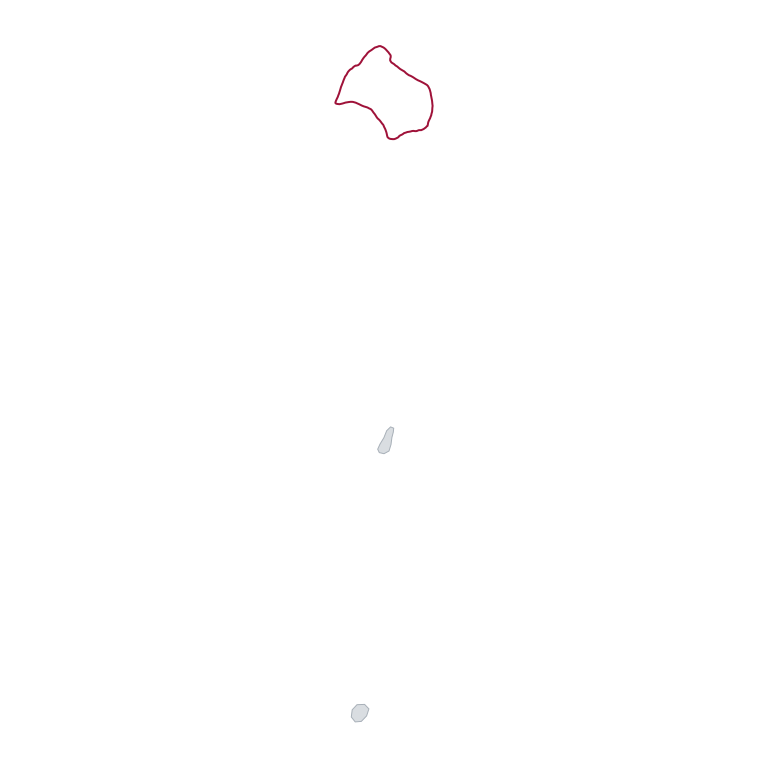 Faadhippolhu, Maldives (highlighted)
{"feature_id": "70690204B52357859866053", "entity_name": "Faadhippolhu", "entity_type": "district", "adm_level": 2, "iso_a3": "MDV", "parent_name": "Maldives", "parent_adm1": "", "projection": "orthographic", "projection_center": [73.502, 5.401], "detail": "fine", "context": "in_parent", "style": "outline", "palette": "rose", "viewbox_px": 768, "rotation_deg": 0, "n_neighbors": 0, "source": "geoboundaries", "source_scale": "gbopen_adm2", "svg_char_len": 2849}
<svg xmlns="http://www.w3.org/2000/svg" viewBox="0 0 768 768"><path d="M389.0,451.0L384.0,453.7L379.3,452.6L377.7,449.2L380.0,444.1L383.9,437.7L386.7,430.7L390.6,426.9L393.7,428.2L393.3,432.1L391.9,437.5L391.0,444.5L389.0,451.0ZM361.3,721.4L355.2,721.9L351.3,717.0L352.2,709.8L357.0,704.7L364.6,704.4L368.9,708.9L366.6,715.9L361.3,721.4Z" fill="#d9dde1" stroke="#a8b0b8" stroke-width="1"/><path d="M392.4,139.1L394.2,139.1L395.5,138.7L396.7,138.1L397.9,137.5L398.6,136.9L399.0,136.3L399.7,135.7L400.8,135.1L401.8,134.7L403.1,133.9L404.1,133.1L405.8,132.6L407.4,132.0L408.9,131.8L410.5,131.5L412.2,131.0L413.6,130.9L414.8,131.1L416.3,131.1L417.4,130.8L418.4,130.3L419.5,130.1L421.3,130.1L422.2,129.7L423.3,129.2L424.0,128.8L424.9,128.1L425.8,127.5L426.3,126.9L426.9,126.2L427.4,126.0L427.8,124.9L427.9,124.0L428.1,123.0L428.3,122.1L428.9,120.6L429.5,119.4L430.1,118.2L430.7,116.5L431.2,115.4L431.4,114.2L431.8,112.7L432.1,111.7L432.2,110.6L432.3,108.8L432.4,107.5L432.6,105.9L432.4,104.3L432.3,103.3L432.1,101.2L431.9,99.9L431.5,97.9L431.2,96.3L430.9,95.0L430.7,93.1L430.1,90.8L429.6,89.1L428.8,87.6L428.1,86.2L427.0,85.0L425.7,84.2L423.8,83.1L421.7,82.0L420.1,81.2L418.0,80.3L415.7,79.0L414.1,77.9L412.7,77.0L410.5,75.8L409.1,75.3L407.7,74.4L406.1,73.2L404.9,72.0L403.8,71.1L402.8,70.6L401.5,69.8L400.3,69.1L398.9,68.0L397.2,66.5L395.4,65.4L394.3,64.3L392.6,63.2L391.5,62.5L390.9,61.7L390.2,60.5L390.2,58.9L390.4,58.2L390.7,57.1L390.7,55.8L390.4,55.0L390.0,54.4L389.3,53.6L388.6,52.5L387.4,51.2L386.6,50.3L385.7,49.3L384.6,48.3L383.5,47.5L382.2,46.9L380.5,46.1L379.1,46.1L377.6,46.7L376.4,47.1L375.0,47.5L373.8,48.3L371.8,49.8L370.3,50.8L369.4,51.3L368.5,52.1L367.5,53.0L366.9,53.9L366.2,54.8L365.7,55.5L364.6,56.6L363.5,58.0L362.9,58.9L362.2,59.9L361.9,60.5L360.9,62.2L360.2,63.1L359.6,63.9L358.5,64.9L358.2,65.1L356.5,65.6L355.6,65.6L354.5,66.2L353.3,67.1L352.6,67.9L352.2,68.4L351.1,69.0L349.9,69.8L348.3,71.5L347.5,72.7L346.8,74.2L346.0,75.4L345.0,76.7L344.5,78.1L344.0,79.2L343.3,81.0L342.8,82.5L342.3,83.7L341.8,85.0L341.0,87.0L340.4,89.1L339.9,90.8L339.5,92.0L339.0,93.7L338.4,95.1L337.7,97.1L336.9,98.7L336.4,99.8L336.0,100.7L335.5,102.1L335.4,102.9L335.9,103.5L337.0,103.9L339.4,104.2L340.9,103.9L342.6,103.5L343.9,103.1L345.4,102.6L349.0,102.0L350.8,101.8L352.9,101.9L354.0,102.2L355.8,102.7L357.3,103.4L358.9,104.1L360.3,104.8L361.9,105.6L362.9,106.0L363.9,106.4L365.6,106.9L367.5,107.5L368.4,108.0L369.1,108.4L370.7,109.1L371.6,109.9L372.3,110.8L372.9,111.7L373.6,112.7L374.6,113.9L375.6,115.4L376.2,116.4L376.7,117.2L377.7,118.5L378.9,119.5L379.9,120.6L380.6,121.5L381.2,122.3L382.2,123.7L383.0,124.5L383.5,125.3L383.7,125.9L384.3,127.3L384.9,128.4L385.4,129.5L386.0,131.2L386.4,132.4L386.7,133.6L387.0,135.1L387.2,136.0L387.5,137.0L388.2,137.8L389.2,138.5L390.4,138.9L392.4,139.1Z" fill="none" stroke="#9f1239" stroke-width="2"/></svg>